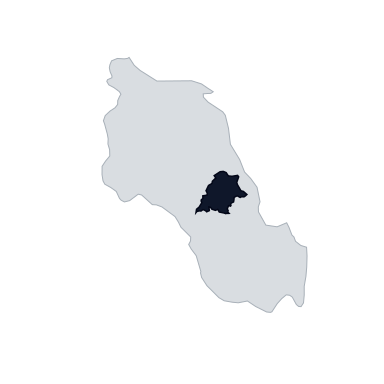 Tiranë, Tiranë, Albania (highlighted), rotated 150°
{"feature_id": "67620474B90997304428465", "entity_name": "Tiranë", "entity_type": "district", "adm_level": 2, "iso_a3": "ALB", "parent_name": "Albania", "parent_adm1": "Tiranë", "projection": "natural_earth1", "projection_center": [19.888, 41.311], "detail": "fine", "context": "in_parent", "style": "filled", "palette": "ink", "viewbox_px": 384, "rotation_deg": 150, "n_neighbors": 0, "source": "geoboundaries", "source_scale": "gbopen_adm2", "svg_char_len": 2487}
<svg xmlns="http://www.w3.org/2000/svg" viewBox="0 0 384 384"><g transform="rotate(150 192 192)"><path d="M125.4,118.0L125.7,112.9L127.0,104.8L126.2,102.1L127.0,97.5L124.5,91.3L120.4,86.9L124.4,79.0L130.2,69.6L135.5,62.0L142.0,54.2L146.3,46.7L150.9,40.2L154.9,38.2L156.9,39.6L157.9,42.4L157.7,50.8L159.0,53.7L161.8,55.8L167.6,54.8L174.0,52.7L182.7,48.3L184.2,48.5L187.4,50.8L194.1,61.0L198.5,69.9L207.3,72.9L212.2,76.4L218.5,81.7L221.5,87.0L225.9,103.3L226.4,113.1L225.1,117.6L224.1,118.7L220.2,134.7L221.2,142.9L221.1,148.2L217.8,150.3L215.6,153.7L219.2,167.0L218.8,172.7L219.0,179.2L225.5,194.1L229.3,198.7L232.7,200.9L237.1,214.6L239.7,217.0L250.3,215.7L255.5,217.2L257.5,220.4L258.0,222.7L257.3,230.3L260.0,236.3L263.6,242.3L263.5,246.1L261.2,252.1L257.0,259.2L251.4,262.0L245.2,264.3L242.2,269.8L240.8,275.6L238.0,280.0L236.3,284.7L233.7,294.5L233.1,298.0L228.9,301.6L222.4,303.1L216.6,303.4L212.6,305.0L210.6,308.3L206.9,311.0L204.7,312.2L204.7,315.2L207.4,321.4L210.5,326.4L210.5,330.4L209.0,331.5L204.3,331.0L203.3,332.5L202.8,337.0L201.5,340.9L199.5,343.2L196.1,345.8L189.9,345.0L184.0,341.1L180.9,339.9L179.2,340.0L178.7,330.6L176.2,323.3L166.9,305.6L136.7,288.5L129.7,280.8L126.6,274.3L123.5,268.2L126.4,268.0L129.4,269.6L133.2,271.4L134.7,268.4L133.1,261.7L125.3,246.1L124.8,241.8L128.6,228.8L134.9,214.1L134.5,196.3L136.5,183.0L134.4,174.3L133.3,163.6L138.0,149.5L142.0,146.0L144.4,141.5L144.6,126.4L135.7,119.3L125.4,118.0Z" fill="#d9dde1" stroke="#a8b0b8" stroke-width="1"/><path d="M170.6,155.0L171.0,156.8L170.0,157.8L169.9,159.7L169.2,160.3L167.2,161.9L165.7,160.5L164.9,161.0L164.8,162.0L163.6,162.8L161.0,162.6L160.4,163.3L159.5,164.4L158.2,166.3L154.8,166.2L153.8,164.5L153.0,163.2L151.8,163.3L151.2,162.8L150.4,162.6L149.5,161.8L147.8,161.9L145.7,162.4L147.2,166.8L149.0,168.6L149.0,175.4L148.5,177.9L144.0,181.8L144.2,183.6L149.5,185.6L152.4,187.7L152.6,189.1L152.7,191.7L154.6,194.2L157.5,195.5L164.6,195.1L164.4,192.1L165.5,192.0L169.0,191.1L170.4,189.4L174.4,189.4L179.2,186.1L179.3,183.5L180.3,181.9L181.7,182.2L184.5,183.3L185.9,180.8L187.7,180.7L188.6,179.7L188.8,177.9L193.3,175.4L196.7,174.8L198.8,172.2L197.5,172.7L195.1,172.0L193.7,171.0L191.3,171.3L190.2,169.9L189.5,168.7L189.2,167.5L186.3,167.2L184.8,170.6L183.6,169.4L183.4,167.2L180.9,164.4L178.4,164.1L178.4,161.0L174.9,157.9L174.0,156.9L173.7,156.5L173.5,156.3L173.1,156.3L172.5,156.2L171.8,155.6L171.6,155.5L171.2,155.3L170.6,155.0Z" fill="#0f172a" stroke="#020617" stroke-width="1.5"/></g></svg>